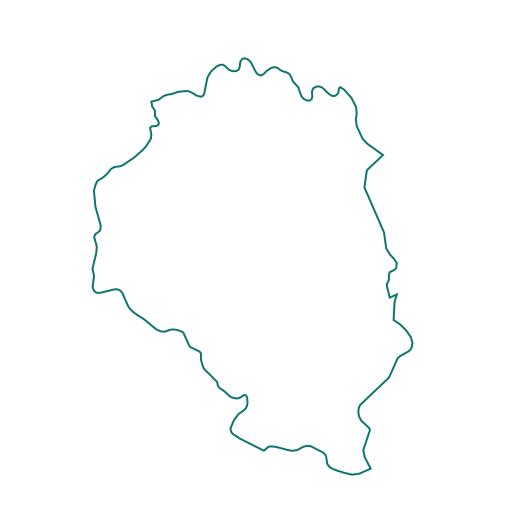 SVG path tracing the border of Corrèze, rotated 104°
{"feature_id": "FRA-5280", "entity_name": "Corrèze", "entity_type": "Metropolitan department", "adm_level": 1, "iso_a3": "FRA", "parent_name": "France", "parent_adm1": "", "projection": "mercator", "projection_center": [1.862, 45.347], "detail": "fine", "context": "isolated", "style": "outline", "palette": "teal", "viewbox_px": 512, "rotation_deg": 104, "n_neighbors": 0, "source": "natural_earth", "source_scale": "10m", "svg_char_len": 3095}
<svg xmlns="http://www.w3.org/2000/svg" viewBox="0 0 512 512"><g transform="rotate(104 256 256)"><path d="M250.8,122.2L253.3,121.8L264.0,116.2L259.3,110.1L267.1,110.4L284.8,107.0L287.6,99.4L292.1,92.0L297.3,86.1L302.5,83.1L307.4,82.9L309.7,83.6L311.9,85.2L317.9,91.6L320.9,93.8L341.7,97.5L375.5,119.0L379.2,119.5L383.3,118.8L387.0,117.0L390.3,114.0L395.7,104.3L397.5,103.3L418.3,105.0L425.1,101.7L434.6,93.3L442.1,102.9L444.8,109.5L445.0,112.1L445.0,118.3L444.6,125.7L444.0,129.9L443.6,131.9L442.9,133.4L441.8,135.2L440.1,136.8L434.3,139.1L432.1,140.6L430.5,143.1L427.3,157.0L427.9,160.6L429.5,163.7L434.3,169.0L436.2,173.6L436.6,178.4L436.4,186.2L436.5,192.1L437.4,196.3L438.2,197.9L443.0,201.2L437.2,227.0L434.2,235.7L432.3,237.8L430.6,238.7L428.7,239.0L420.3,237.6L413.4,234.6L409.2,230.9L406.9,229.4L405.6,228.9L403.4,228.5L400.7,228.7L395.8,230.2L394.0,231.6L393.5,233.1L394.1,234.3L395.1,235.2L396.2,236.1L397.2,237.1L398.0,238.2L398.6,239.4L399.0,240.8L399.1,242.6L399.1,244.2L398.9,245.9L398.5,247.4L394.8,254.2L392.8,259.6L391.5,261.1L390.0,262.2L387.7,263.1L378.1,279.1L375.8,280.9L369.8,284.4L364.2,285.7L362.9,286.8L362.2,288.3L360.4,297.2L359.1,299.1L347.8,308.1L347.2,311.0L346.9,313.8L347.1,317.3L347.9,320.5L349.6,323.4L351.5,326.2L352.2,330.1L351.4,334.8L345.0,348.1L343.3,352.5L342.2,356.4L340.0,361.8L337.8,365.4L335.3,368.2L324.0,376.9L322.2,380.0L321.9,383.2L322.9,385.9L328.7,396.8L329.6,399.0L330.0,400.4L330.2,401.3L330.0,402.3L329.3,404.3L327.4,406.0L325.1,407.1L314.6,408.3L307.9,411.6L292.1,411.7L286.0,412.6L284.5,413.2L277.0,417.5L274.7,417.5L273.2,416.9L271.6,415.2L269.0,413.6L266.4,413.5L263.5,414.3L247.1,423.7L231.7,429.1L225.3,428.9L221.9,428.1L220.0,426.7L218.4,424.9L215.7,422.6L212.2,420.3L206.6,417.7L204.1,415.2L202.9,412.6L202.1,410.1L200.5,407.6L190.5,398.5L180.8,391.7L176.0,389.1L167.5,386.4L163.7,386.9L157.3,389.7L155.5,388.7L154.7,386.6L154.1,384.2L152.4,382.5L150.3,382.5L148.2,383.8L145.5,387.0L144.5,388.0L139.9,389.0L137.0,391.7L136.1,392.9L131.5,394.9L128.3,388.7L123.1,384.3L121.1,381.3L119.1,376.8L115.8,371.7L113.6,366.0L112.5,362.2L112.7,359.0L113.5,356.0L114.7,352.7L114.9,348.2L113.4,346.3L111.3,345.5L94.7,346.3L91.4,345.5L87.4,344.0L81.7,340.2L79.2,337.1L78.4,334.3L79.3,331.8L80.8,329.3L82.0,326.6L82.3,323.6L81.5,320.1L79.4,317.9L76.9,317.6L71.1,318.2L67.9,316.9L67.0,314.9L67.0,312.5L67.8,310.1L69.4,307.7L77.0,301.2L79.1,298.5L79.8,295.2L77.6,292.6L73.8,290.4L69.6,286.5L68.2,283.6L68.3,280.6L69.4,278.0L70.2,275.5L70.5,270.3L71.3,267.7L73.2,265.6L77.6,262.5L82.1,255.8L89.7,250.9L91.8,248.1L92.8,244.3L92.2,241.5L90.3,240.0L87.7,239.9L84.9,240.9L82.1,241.5L79.5,241.0L77.0,238.5L76.2,235.7L76.5,232.9L77.8,230.1L79.7,227.2L81.3,224.1L82.3,220.3L81.2,217.6L78.9,216.0L76.7,215.6L73.3,216.1L71.8,215.0L73.3,210.7L79.4,201.8L87.1,195.0L93.6,192.7L99.4,192.2L105.7,189.6L116.4,181.0L120.3,174.9L127.3,157.2L146.0,169.2L163.2,167.4L202.2,137.5L217.2,131.4L222.0,126.6L225.3,121.5L228.7,117.8L233.7,117.0L236.0,118.3L239.3,122.3L241.7,122.6L246.3,121.4L248.3,121.4L250.8,122.2Z" fill="none" stroke="#0f766e" stroke-width="2"/></g></svg>